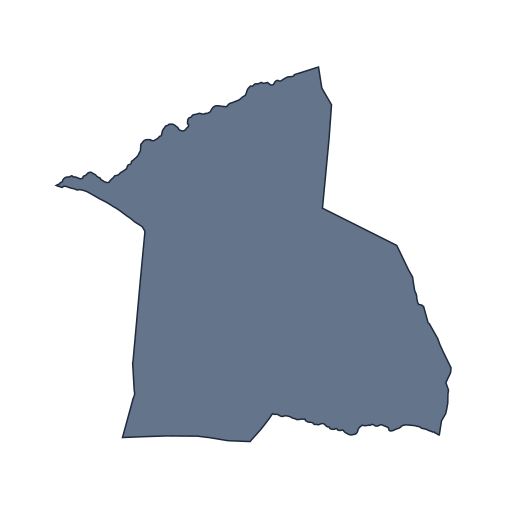 the district of Mapai, Gaza, Mozambique, rotated 96°
{"feature_id": "85939544B45935423796795", "entity_name": "Mapai", "entity_type": "district", "adm_level": 2, "iso_a3": "MOZ", "parent_name": "Mozambique", "parent_adm1": "Gaza", "projection": "robinson", "projection_center": [32.421, -22.625], "detail": "fine", "context": "isolated", "style": "filled", "palette": "slate", "viewbox_px": 512, "rotation_deg": 96, "n_neighbors": 0, "source": "geoboundaries", "source_scale": "gbopen_adm2", "svg_char_len": 6041}
<svg xmlns="http://www.w3.org/2000/svg" viewBox="0 0 512 512"><g transform="rotate(96 256 256)"><path d="M206.7,462.1L207.3,460.1L207.7,457.7L208.0,456.7L208.1,456.1L207.9,455.6L207.1,455.0L206.7,454.2L206.6,452.8L206.8,451.5L207.5,448.8L207.9,446.7L208.2,443.6L208.8,441.7L209.1,441.0L208.9,440.0L208.7,439.8L208.5,438.8L208.5,436.8L208.7,434.9L209.6,431.0L210.4,429.1L214.3,420.1L215.4,417.8L218.0,410.9L220.4,405.7L221.6,403.5L223.0,400.2L224.8,396.8L227.2,392.6L227.4,392.5L228.1,391.1L229.4,389.1L230.9,386.2L232.5,383.4L233.5,382.1L235.0,379.8L237.7,374.2L238.8,372.2L241.8,369.9L243.1,369.1L243.5,369.0L291.7,368.5L373.8,367.3L374.6,367.5L375.3,367.5L402.2,363.1L402.9,362.9L404.9,362.4L406.4,362.3L408.2,362.6L411.2,363.5L412.5,363.6L450.5,369.8L447.9,352.1L444.3,326.2L441.3,295.6L441.5,283.2L442.6,264.8L441.2,242.6L428.3,233.3L422.3,229.5L416.0,225.7L411.1,223.1L411.6,221.2L411.3,219.4L411.3,218.3L411.6,217.2L412.3,215.7L412.7,214.6L412.9,213.6L412.7,212.4L412.0,210.9L411.8,209.7L411.8,208.4L412.0,206.7L412.6,204.3L413.1,203.5L413.5,202.2L413.8,199.5L414.3,199.0L414.4,198.5L414.3,197.0L413.5,193.8L413.1,190.5L413.3,190.0L414.2,189.8L414.9,189.0L415.0,188.3L415.6,187.3L415.7,186.8L415.7,183.8L415.8,182.8L416.1,182.0L417.0,181.2L417.4,180.5L417.3,179.2L417.2,178.4L417.3,176.5L417.3,176.2L416.7,174.9L415.9,173.7L415.7,172.0L415.8,170.7L416.4,170.2L418.0,168.0L418.5,166.9L418.4,165.8L418.6,165.2L419.6,164.6L420.1,164.0L420.3,162.7L420.3,160.9L420.1,159.8L419.5,158.9L419.3,158.7L419.2,158.3L419.4,157.6L420.0,157.0L420.2,156.9L420.5,156.6L420.7,155.7L420.8,154.6L420.5,153.0L420.2,152.3L419.9,152.0L420.4,150.9L420.7,150.5L421.2,150.2L422.2,148.9L423.5,145.8L423.8,144.8L424.0,143.6L424.0,142.7L423.8,141.6L423.3,140.4L422.9,138.9L422.4,138.1L420.9,137.0L419.3,136.5L417.9,136.3L416.4,135.7L415.1,134.7L414.3,133.8L413.2,132.8L413.1,132.6L413.4,131.2L413.4,129.6L413.0,128.1L412.4,126.4L412.6,125.9L412.6,125.3L411.8,123.7L411.6,123.6L411.3,122.7L411.6,121.4L411.8,121.0L412.3,120.1L412.6,119.3L412.6,118.9L412.6,118.2L412.2,116.8L411.4,115.6L410.8,114.2L410.7,113.6L410.8,113.0L411.6,110.6L412.2,108.3L412.7,106.9L413.2,106.3L414.8,105.7L415.6,105.2L415.9,104.5L415.9,103.4L415.3,101.5L415.0,101.1L414.9,100.7L414.7,100.6L413.6,98.7L412.5,96.3L412.1,95.5L411.4,94.6L409.9,93.3L409.1,92.1L408.4,89.8L408.2,88.9L408.1,80.5L408.5,78.1L408.6,76.8L408.8,75.6L409.1,74.7L409.9,73.6L410.2,71.9L410.3,70.1L410.8,67.9L411.8,65.0L412.0,63.3L412.6,62.2L412.6,61.6L412.4,60.6L412.6,60.2L413.2,59.6L413.7,57.8L414.3,56.9L414.9,55.4L414.8,55.0L400.6,54.3L393.0,50.9L389.1,50.4L382.2,49.9L373.0,50.7L369.8,50.5L369.1,50.6L362.2,53.9L356.7,52.1L354.2,51.1L351.4,50.3L349.5,50.2L348.2,50.4L346.9,50.3L331.8,59.8L324.6,64.0L319.2,66.6L305.3,76.5L304.6,77.8L289.0,83.9L289.1,84.3L288.4,84.6L288.1,84.9L287.6,85.9L287.3,87.2L287.2,88.9L287.0,89.3L285.6,90.2L284.6,90.6L283.1,91.1L280.8,91.8L279.1,92.0L276.7,92.9L274.8,94.0L274.4,94.4L268.7,96.0L260.5,98.1L254.1,102.7L230.8,117.1L201.5,194.9L131.6,195.6L97.7,196.7L82.1,208.1L61.5,213.6L71.6,236.8L72.9,237.3L73.1,237.5L73.7,238.7L74.5,242.8L74.8,243.5L75.6,244.8L77.6,247.6L79.1,249.3L79.4,249.8L79.6,251.0L79.1,252.6L79.1,253.0L79.2,253.5L79.9,254.6L80.5,255.0L81.3,255.6L82.2,255.9L83.5,256.6L84.1,257.2L84.3,258.3L84.3,259.4L83.7,260.4L82.2,262.6L82.9,264.5L83.2,265.4L83.5,266.8L83.4,267.2L82.8,268.8L83.1,269.5L83.7,270.3L84.6,272.1L84.7,272.8L84.6,273.9L85.0,274.9L85.7,275.8L86.9,276.5L87.1,276.8L87.5,277.5L87.5,278.9L87.7,279.4L88.4,280.0L90.3,281.4L91.9,282.0L92.8,282.3L96.0,282.9L97.3,283.5L97.7,283.9L99.2,285.9L100.9,287.5L102.2,288.8L103.1,290.1L104.3,292.5L106.2,296.1L106.6,297.3L107.2,298.3L108.1,299.2L109.6,300.2L110.4,300.9L110.6,301.3L110.7,302.0L110.6,304.0L110.7,304.9L110.7,306.2L110.5,308.8L110.7,310.9L111.0,312.1L111.6,312.9L111.6,313.1L112.7,314.3L114.9,315.6L116.6,316.2L117.3,316.6L117.7,317.0L119.0,318.9L119.2,319.3L119.4,320.9L119.5,321.3L120.0,322.2L120.2,322.3L120.4,323.3L120.4,324.5L120.1,325.9L120.0,327.2L120.2,327.9L120.9,329.2L122.0,332.8L122.3,333.5L123.2,334.3L124.2,334.6L124.5,334.8L125.3,336.3L125.9,337.3L126.3,337.6L127.4,338.0L128.2,338.1L130.3,338.1L131.5,337.9L131.8,337.8L131.9,337.3L132.4,336.8L133.6,336.6L135.0,337.3L136.0,338.3L137.8,339.4L137.9,339.6L138.2,339.7L139.0,340.8L139.3,341.9L139.3,343.1L138.8,344.9L138.2,345.9L137.0,346.7L136.1,347.7L135.6,348.5L135.4,349.0L134.5,350.3L133.9,351.6L133.7,352.3L133.6,353.5L133.8,353.7L133.8,354.4L133.9,355.6L134.1,356.3L134.3,356.3L134.9,356.9L136.0,358.9L136.1,359.4L137.4,360.2L138.2,360.5L139.5,361.4L140.2,361.7L141.7,362.2L143.6,362.4L145.5,362.6L146.1,362.8L146.5,363.1L147.2,364.5L148.8,365.6L149.9,366.7L150.6,367.8L152.0,369.7L152.1,370.5L152.1,372.5L151.4,372.9L151.4,374.4L151.7,376.9L152.0,377.8L152.3,378.4L153.2,379.6L153.9,380.2L155.4,381.0L156.4,381.9L157.2,382.2L157.9,382.3L158.9,382.0L161.5,382.1L162.3,381.9L163.2,381.9L166.1,383.1L168.2,383.7L169.0,384.2L169.9,385.0L170.3,385.1L171.6,386.4L171.7,386.6L173.1,387.7L174.7,389.5L175.2,389.8L176.7,389.8L177.1,389.9L177.9,390.7L178.3,391.6L178.6,392.3L179.3,393.0L180.5,393.4L181.8,393.6L182.9,394.0L184.8,396.2L185.8,397.5L186.0,397.6L187.0,399.1L187.3,399.5L188.6,400.3L189.4,401.1L189.9,401.8L190.3,402.6L191.0,404.9L192.8,406.0L193.8,406.8L195.0,408.0L196.5,409.1L197.4,409.7L197.8,409.7L198.1,409.9L198.4,410.8L198.5,412.0L198.1,414.2L197.7,415.1L197.2,416.0L196.2,418.3L195.6,418.5L194.6,419.4L194.3,420.6L193.8,422.0L193.1,423.0L192.5,423.5L191.6,424.9L191.1,426.5L190.0,428.6L190.0,429.8L190.7,431.3L191.0,431.8L192.2,432.8L192.6,433.0L193.2,433.5L193.7,434.1L194.7,436.0L195.4,436.3L196.4,436.3L196.5,436.5L197.1,437.3L197.6,438.5L197.5,439.4L197.0,441.0L196.3,443.8L196.4,446.0L196.2,446.5L195.8,446.7L195.6,447.2L195.5,447.6L195.6,448.0L195.9,448.6L196.8,449.6L196.9,450.0L197.1,451.9L197.4,452.4L197.6,453.4L198.6,454.7L200.2,455.9L201.6,456.2L202.3,456.5L202.8,456.9L203.3,457.9L203.9,458.5L204.6,458.9L205.2,459.5L205.6,460.5L206.7,462.1Z" fill="#64748b" stroke="#1e293b" stroke-width="1.5"/></g></svg>